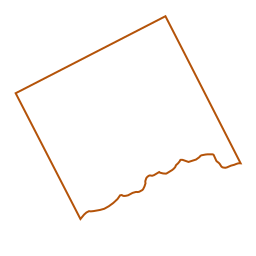 the district of Yankton, South Dakota, United States of America, rotated 333°
{"feature_id": "52423323B66952732105608", "entity_name": "Yankton", "entity_type": "district", "adm_level": 2, "iso_a3": "USA", "parent_name": "United States of America", "parent_adm1": "South Dakota", "projection": "natural_earth1", "projection_center": [-97.367, 42.985], "detail": "fine", "context": "isolated", "style": "outline", "palette": "amber", "viewbox_px": 256, "rotation_deg": 333, "n_neighbors": 0, "source": "geoboundaries", "source_scale": "gbopen_adm2", "svg_char_len": 1091}
<svg xmlns="http://www.w3.org/2000/svg" viewBox="0 0 256 256"><g transform="rotate(333 128 128)"><path d="M127.8,45.7L43.7,46.0L44.3,187.5L49.6,185.2L52.6,184.4L55.5,184.4L57.0,185.4L59.6,186.4L65.8,188.3L70.2,189.2L75.4,189.0L80.9,188.1L86.5,186.5L90.4,184.4L92.0,184.9L92.5,185.8L93.5,186.7L95.2,187.4L97.5,188.0L102.6,187.9L105.7,188.5L106.7,188.9L107.6,189.5L109.1,189.9L112.6,189.8L113.7,189.4L116.2,187.5L118.5,185.2L118.7,184.5L119.3,183.2L121.5,181.0L122.8,180.4L124.6,180.0L126.0,180.2L127.8,181.5L129.7,181.8L135.8,181.4L136.3,182.4L138.6,184.4L141.1,185.9L141.8,186.0L148.3,185.5L150.1,185.1L152.0,184.4L152.8,183.9L153.6,183.1L154.3,182.8L156.5,182.2L159.0,181.1L159.8,180.4L160.6,180.3L162.2,181.2L166.5,185.7L174.3,187.0L178.2,186.4L180.0,185.7L181.1,185.7L184.9,186.8L187.0,187.6L191.6,190.0L192.1,191.0L191.8,197.3L192.0,198.1L193.0,200.2L193.4,201.5L193.7,204.7L194.2,205.7L194.7,206.3L196.6,207.6L198.2,208.0L202.7,208.3L205.9,209.0L208.2,209.2L210.0,209.5L211.1,209.9L212.3,210.6L212.2,84.1L212.1,45.4L127.8,45.7Z" fill="none" stroke="#b45309" stroke-width="2"/></g></svg>